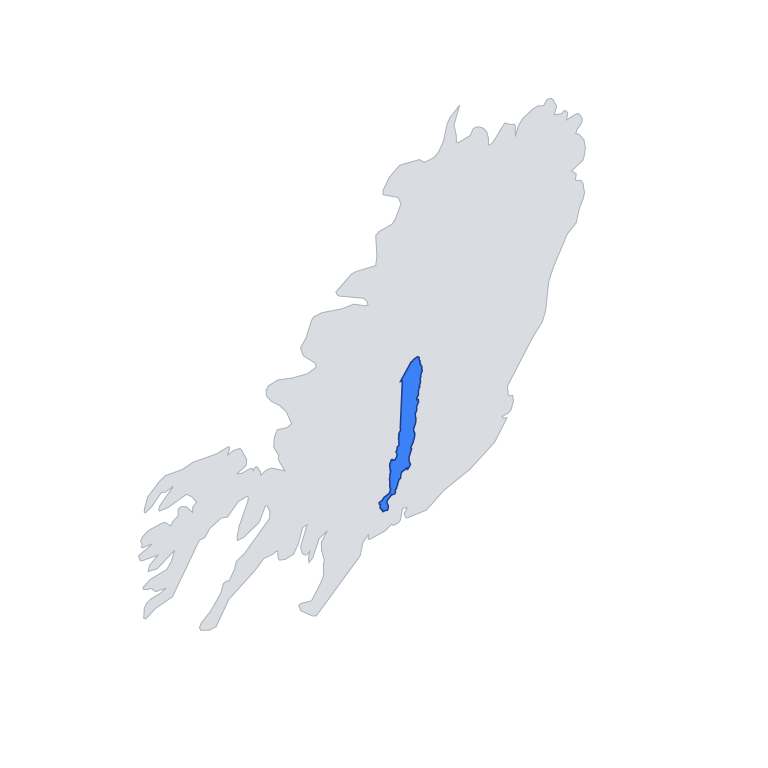 Skeiða- og Gnúpverjahreppur, Suðurland, Iceland (highlighted), rotated 308°
{"feature_id": "244011B10209439874100", "entity_name": "Skeiða- og Gnúpverjahreppur", "entity_type": "district", "adm_level": 2, "iso_a3": "ISL", "parent_name": "Iceland", "parent_adm1": "Suðurland", "projection": "natural_earth1", "projection_center": [-19.543, 64.398], "detail": "medium", "context": "in_parent", "style": "filled", "palette": "blue", "viewbox_px": 768, "rotation_deg": 308, "n_neighbors": 0, "source": "geoboundaries", "source_scale": "gbopen_adm2", "svg_char_len": 5606}
<svg xmlns="http://www.w3.org/2000/svg" viewBox="0 0 768 768"><g transform="rotate(308 384 384)"><path d="M593.3,284.0L600.2,284.2L611.5,281.6L627.6,273.7L634.5,272.0L650.2,272.0L631.3,279.6L624.4,287.9L619.3,292.0L619.4,293.8L633.0,298.9L639.4,297.2L642.3,297.9L644.9,300.2L646.8,305.0L645.8,309.9L642.1,314.9L636.9,319.0L637.7,320.3L642.0,321.0L664.1,318.5L666.8,324.6L668.8,326.6L668.3,328.6L659.7,335.1L669.9,331.0L678.1,329.9L692.3,331.9L698.1,334.3L701.7,338.5L708.6,337.2L711.9,339.5L712.1,342.1L709.2,349.0L701.0,352.5L706.2,357.5L710.4,357.6L711.2,358.8L710.9,361.8L704.5,365.3L715.3,369.2L716.7,370.6L716.2,375.1L714.5,377.6L711.3,379.1L703.7,379.4L699.1,381.0L700.8,383.8L699.5,391.3L693.7,397.5L688.1,400.9L682.6,403.0L667.3,400.6L668.0,406.0L662.6,409.3L663.8,412.0L665.7,413.4L664.9,417.0L658.1,424.3L653.2,426.7L643.4,429.5L629.3,436.2L614.9,436.1L579.7,445.7L565.8,450.9L541.0,466.4L530.5,470.4L512.4,472.4L458.1,482.6L452.0,488.7L451.7,490.0L454.2,492.4L450.1,496.7L441.9,499.9L438.0,499.8L431.2,497.2L430.4,498.5L433.1,501.7L406.5,507.0L369.5,504.2L336.8,496.6L310.9,495.1L292.6,484.6L292.2,483.0L294.2,479.8L300.8,478.4L297.6,475.2L286.5,480.8L283.0,480.6L278.3,478.4L278.1,476.2L268.9,475.3L253.1,468.6L251.9,467.1L255.8,464.9L255.0,464.5L246.4,464.8L233.8,471.0L159.5,473.4L157.1,470.2L154.2,458.2L156.9,453.1L160.0,453.6L168.5,460.4L188.5,456.6L196.6,454.0L204.2,447.5L208.5,445.4L214.6,437.1L220.8,432.0L233.4,429.6L222.2,428.1L203.4,434.8L197.1,434.8L200.1,431.8L206.5,428.6L202.1,428.4L200.5,426.9L200.3,423.8L203.7,418.8L225.9,410.0L220.7,408.3L205.3,415.0L194.2,417.4L185.1,414.3L180.9,410.1L181.2,408.3L186.6,403.1L185.7,402.0L182.1,401.5L172.4,396.7L156.9,397.1L118.6,394.3L89.5,401.1L82.6,398.0L77.1,391.2L78.4,388.6L83.5,387.1L97.6,387.3L118.5,384.2L128.0,380.3L131.7,381.3L133.4,383.1L146.3,380.2L153.2,376.8L164.6,378.4L207.9,376.6L213.6,372.1L215.9,366.7L214.9,365.6L199.0,370.6L195.3,370.5L177.0,367.9L170.4,364.9L172.7,362.6L182.5,357.5L207.4,349.0L210.9,347.2L211.3,345.2L201.5,341.6L182.9,342.6L178.2,338.3L162.8,335.7L152.5,337.3L147.1,334.7L86.1,348.3L66.5,342.1L52.5,341.0L51.3,339.1L59.7,333.1L65.3,332.0L70.9,332.6L81.6,336.7L89.0,338.0L79.8,331.9L79.5,326.1L76.7,324.6L74.0,320.7L75.2,319.4L86.3,320.2L103.9,327.0L112.7,325.8L124.1,321.4L98.7,319.0L91.1,313.6L96.8,310.9L109.9,311.2L95.5,302.1L94.9,300.5L97.4,296.4L115.6,299.9L106.2,294.5L105.9,293.3L108.7,292.3L110.3,289.0L114.9,287.7L124.1,288.8L138.3,295.1L140.3,296.8L140.7,303.2L146.4,302.2L153.1,303.1L158.7,298.8L162.6,299.8L165.5,303.7L165.0,312.2L168.9,309.2L175.6,309.0L176.8,302.0L175.6,296.3L153.9,289.9L145.5,285.2L146.5,283.6L150.7,282.2L173.6,281.0L163.9,278.2L161.5,275.4L144.2,276.5L135.5,275.3L135.3,273.9L138.8,271.8L149.4,267.4L169.3,267.0L177.3,268.2L192.6,277.8L204.8,281.7L225.3,294.8L238.5,299.8L239.1,301.1L236.9,302.6L231.8,304.4L239.5,306.6L244.3,310.0L244.6,311.5L240.1,322.1L235.1,325.5L222.9,323.5L225.8,326.9L234.5,330.4L236.4,332.4L235.1,334.4L239.3,333.8L240.6,334.9L238.6,340.9L236.4,343.1L243.7,344.3L248.7,347.3L254.6,359.4L258.0,350.1L259.8,346.7L262.8,345.4L266.4,335.9L274.7,330.3L282.4,328.2L290.3,334.8L295.9,335.5L302.0,323.9L302.8,315.3L301.0,305.9L302.1,299.2L306.0,295.2L311.2,294.0L322.1,298.0L331.3,307.3L345.0,317.4L354.6,320.0L356.3,319.7L358.0,316.4L356.6,303.0L361.1,295.9L372.4,294.2L389.6,287.7L393.6,287.4L402.0,291.2L417.3,304.6L428.2,310.9L433.9,320.8L436.5,322.7L438.8,319.6L439.0,315.1L425.7,294.5L425.5,291.8L426.8,289.5L450.4,290.6L455.7,292.9L472.2,304.6L480.2,299.8L496.0,286.0L501.4,286.4L515.1,292.0L520.5,291.5L536.4,286.5L539.7,280.1L532.6,266.9L535.4,264.2L550.1,261.0L566.0,261.6L582.7,273.8L583.5,279.5L593.3,284.0Z" fill="#d9dde1" stroke="#a8b0b8" stroke-width="1"/><path d="M396.1,395.4L397.5,396.7L359.5,423.8L357.9,425.5L354.5,426.1L352.7,427.1L352.7,427.7L349.8,429.0L349.2,430.3L346.6,431.9L346.1,433.0L345.1,433.4L342.5,433.3L341.6,433.6L341.2,434.3L340.4,434.7L338.1,435.1L336.9,437.1L335.6,438.3L334.3,438.9L330.6,439.3L330.0,438.2L329.3,437.9L329.6,437.6L329.6,436.8L328.8,436.4L325.9,437.5L325.0,437.5L322.4,439.3L320.6,441.5L319.6,442.1L319.9,442.4L319.2,443.4L316.8,444.0L315.2,445.4L312.5,446.8L310.3,449.1L308.2,450.4L307.5,451.4L306.6,451.7L306.1,452.7L305.2,453.3L305.4,453.9L304.0,454.6L303.1,454.7L302.1,455.4L298.2,454.9L297.3,454.4L295.8,454.5L295.2,453.8L291.1,454.2L287.6,453.2L286.5,454.1L286.6,455.5L284.7,456.5L284.1,457.6L283.6,457.8L283.7,458.9L283.3,459.7L283.7,460.5L282.7,461.6L285.3,463.1L286.5,464.4L287.5,464.3L290.1,462.9L291.0,461.8L292.2,459.4L294.1,458.3L301.4,458.1L301.2,458.5L302.4,458.9L304.1,460.2L305.9,459.6L307.3,458.2L309.8,458.1L311.3,457.0L312.6,457.1L313.3,456.4L317.9,454.7L320.0,455.1L322.8,453.1L325.7,452.2L326.6,452.3L328.5,453.1L331.3,453.3L331.9,453.7L331.3,454.1L331.4,454.8L331.1,455.0L331.5,455.2L335.8,454.7L337.2,454.2L337.7,452.7L339.7,450.2L340.5,449.9L341.4,448.9L350.0,445.6L350.2,445.3L350.0,444.4L350.4,444.1L355.6,443.0L361.2,440.6L364.1,438.7L365.3,436.3L366.7,435.1L373.1,432.7L376.5,430.4L377.7,428.8L380.0,426.8L382.8,426.2L384.8,425.0L385.9,423.7L391.6,422.1L392.2,421.1L393.0,420.5L392.7,419.8L391.8,419.5L393.0,418.3L395.0,418.2L397.1,417.6L398.7,416.1L401.7,414.3L404.0,414.0L404.2,412.9L407.5,411.9L409.9,410.0L410.5,408.9L412.3,408.7L413.8,407.3L417.8,406.0L419.0,405.1L419.1,404.2L420.6,403.6L421.4,402.5L421.2,402.3L421.3,401.6L422.2,400.7L421.8,400.4L422.0,399.8L423.9,398.7L423.9,398.2L424.5,397.9L424.7,396.6L426.5,395.6L426.6,394.8L426.1,393.5L421.2,392.2L419.9,392.4L418.1,391.8L396.1,395.4Z" fill="#3b82f6" stroke="#1e3a8a" stroke-width="1.5"/></g></svg>